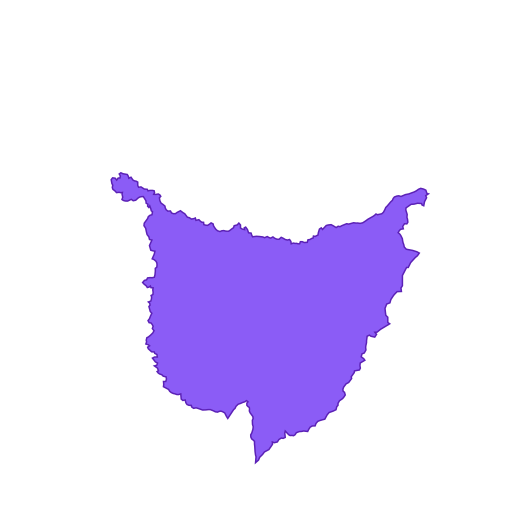 outline of Aral Moreira, Mato Grosso do Sul, Brazil, rotated 220°
{"feature_id": "56859067B29301186174835", "entity_name": "Aral Moreira", "entity_type": "district", "adm_level": 2, "iso_a3": "BRA", "parent_name": "Brazil", "parent_adm1": "Mato Grosso do Sul", "projection": "orthographic", "projection_center": [-55.401, -22.967], "detail": "fine", "context": "isolated", "style": "filled", "palette": "violet", "viewbox_px": 512, "rotation_deg": 220, "n_neighbors": 0, "source": "geoboundaries", "source_scale": "gbopen_adm2", "svg_char_len": 6141}
<svg xmlns="http://www.w3.org/2000/svg" viewBox="0 0 512 512"><g transform="rotate(220 256 256)"><path d="M411.7,227.1L411.5,224.6L413.9,225.1L416.1,223.7L416.0,221.4L413.0,218.9L411.3,218.2L410.1,216.1L408.5,215.1L405.8,215.2L403.6,214.9L401.8,216.8L400.2,217.6L399.2,218.8L398.4,217.3L395.9,215.4L395.0,213.1L393.3,213.3L391.5,214.1L389.6,215.6L388.0,219.2L385.6,219.4L384.0,221.4L383.6,224.6L383.1,226.2L382.1,227.6L380.5,229.1L375.9,227.6L374.0,225.8L372.1,226.2L371.1,224.5L369.3,224.3L369.6,226.1L367.0,224.6L365.3,223.3L363.8,223.4L362.2,220.8L363.4,219.0L363.8,217.0L363.1,215.0L362.7,209.3L361.3,207.2L358.3,206.3L355.8,204.3L353.2,202.4L350.4,201.8L348.2,200.2L346.0,201.3L344.3,195.5L340.3,192.8L338.3,193.7L336.5,194.7L335.1,191.9L333.7,187.1L331.8,187.7L329.5,187.7L327.7,187.1L326.1,185.6L324.8,183.7L325.2,181.8L323.4,179.7L321.4,176.8L320.2,174.4L321.6,172.6L323.3,171.3L325.0,169.5L324.5,167.4L325.8,165.6L325.8,162.8L323.5,162.5L321.0,162.6L319.0,162.0L317.9,163.5L317.6,165.1L316.1,164.2L314.3,165.5L313.3,163.7L311.5,162.1L310.2,160.2L311.0,158.3L309.6,157.5L308.5,155.9L307.6,153.9L308.9,151.6L307.1,151.5L305.6,150.3L305.6,148.5L301.3,145.5L299.0,145.2L298.2,142.1L297.3,139.5L297.2,137.1L295.0,136.2L293.4,137.2L291.4,136.8L289.6,136.0L288.8,133.8L286.1,133.2L285.6,130.8L285.9,127.5L286.4,124.8L287.1,123.3L286.0,121.0L284.6,119.9L283.8,117.8L281.3,118.8L279.8,118.8L280.4,116.5L278.9,115.7L274.4,115.5L272.3,117.1L270.9,116.3L268.6,116.9L266.7,115.2L268.8,113.4L269.7,111.2L265.0,110.2L262.6,110.7L261.8,108.6L263.2,106.5L259.4,106.8L257.0,105.4L257.5,103.9L255.6,103.5L253.9,103.7L251.9,104.5L249.8,104.3L247.2,105.6L245.5,104.2L244.5,101.9L246.2,100.4L244.2,98.4L242.9,96.4L237.2,97.6L235.2,96.9L233.2,96.9L231.0,97.5L229.3,98.4L227.8,98.9L226.4,99.9L225.0,102.0L221.3,98.3L219.2,98.3L217.7,100.2L215.4,98.5L213.4,97.9L211.4,98.5L209.5,100.0L208.3,99.0L205.9,99.2L204.3,101.2L202.2,102.1L197.9,103.7L195.5,105.9L193.8,107.7L192.2,109.0L189.2,110.0L187.0,110.5L185.1,111.7L184.3,113.3L183.2,114.6L181.7,115.2L179.1,115.7L175.4,114.1L173.2,113.4L174.4,124.0L174.1,125.7L174.7,128.0L174.4,131.0L173.1,133.1L172.0,135.4L170.9,137.0L170.3,139.1L168.4,139.1L168.4,137.4L167.1,135.8L165.5,135.5L163.8,135.7L162.6,134.6L161.5,133.0L159.7,132.1L155.2,131.0L153.7,129.6L153.2,127.8L150.5,124.8L148.4,123.4L147.0,121.3L145.5,117.8L145.1,115.6L143.6,114.0L141.7,113.1L139.5,113.2L138.0,113.0L136.3,111.0L134.3,109.1L131.1,105.7L128.5,103.3L126.9,102.2L123.5,97.4L122.9,101.3L123.8,104.1L123.4,108.2L123.6,111.3L121.7,116.0L122.3,122.3L123.9,124.0L122.0,124.7L120.1,127.3L120.5,130.1L119.6,132.8L118.0,133.7L117.0,135.8L118.6,137.4L120.1,138.8L121.1,140.7L116.1,140.1L114.5,140.4L113.1,141.7L111.7,142.5L111.2,144.2L111.5,146.6L110.0,149.3L108.3,150.9L107.0,152.6L103.6,154.8L104.1,156.7L104.5,159.6L103.7,161.9L101.5,163.9L102.4,166.2L102.4,169.0L101.4,170.9L99.8,173.3L98.4,175.2L99.4,180.1L99.4,183.1L97.3,186.6L95.9,189.7L97.3,192.5L97.2,194.3L98.5,195.9L99.0,198.8L98.0,202.4L98.0,204.5L98.3,206.9L100.6,208.5L102.3,208.4L103.8,209.8L104.6,212.0L104.8,216.0L103.7,218.7L104.0,223.6L105.4,224.7L105.8,229.8L106.7,231.3L103.5,235.2L104.0,237.2L105.9,238.8L107.4,241.0L105.6,246.1L107.5,246.6L110.6,246.4L111.9,249.2L110.7,251.3L111.4,254.7L113.1,256.3L114.1,257.7L115.6,260.6L116.9,262.2L119.3,266.0L118.2,268.3L116.4,268.4L112.9,270.2L113.3,273.5L115.9,274.0L114.3,275.5L113.5,279.8L110.0,290.0L112.3,289.8L115.7,293.8L118.4,294.0L120.6,296.0L123.5,298.8L125.0,303.2L123.3,306.2L124.7,309.3L125.2,313.4L125.3,315.3L125.0,319.4L121.8,322.3L124.4,324.7L124.7,327.3L131.3,335.2L133.3,344.0L132.0,345.1L133.3,350.4L133.0,357.3L132.5,359.9L132.8,363.2L135.4,362.7L139.5,361.0L145.2,357.8L148.2,358.2L150.1,359.7L151.9,360.7L153.3,361.8L155.1,363.4L158.1,364.7L159.8,365.2L162.1,365.2L162.5,367.4L162.4,369.4L160.6,371.5L162.6,372.9L163.0,376.1L161.1,377.6L161.4,379.5L163.6,381.6L165.2,382.6L166.9,385.0L170.9,387.6L172.0,389.3L170.4,395.3L168.3,397.3L166.1,400.3L162.9,402.6L161.6,401.8L159.8,402.3L161.8,405.9L162.8,410.3L164.8,411.3L163.9,414.4L165.3,413.8L168.2,415.6L170.6,415.0L173.3,413.7L174.4,411.6L175.0,409.2L175.9,406.9L177.7,403.8L178.8,401.8L181.0,399.1L183.2,394.8L185.3,393.9L186.6,392.5L187.9,390.2L187.9,388.3L187.3,386.3L187.6,384.1L187.6,378.6L187.8,376.6L187.1,374.3L186.5,371.4L186.8,369.2L189.5,365.7L191.1,365.3L191.3,363.6L191.7,361.9L193.9,356.1L194.6,353.2L195.6,350.0L197.2,347.9L199.3,346.6L200.7,345.4L202.6,344.2L205.5,340.0L207.3,339.0L209.7,334.5L210.5,332.5L212.2,331.6L212.9,329.3L216.2,328.8L218.6,328.3L220.7,326.1L221.8,324.5L222.1,319.1L224.1,319.5L224.7,317.4L223.2,313.9L222.0,311.9L223.3,309.0L224.8,308.2L223.8,306.4L224.7,305.1L225.3,303.2L226.6,301.9L225.5,299.4L227.8,297.3L229.8,296.7L231.2,295.5L230.4,293.4L231.6,292.4L233.0,291.8L234.2,290.7L235.6,290.0L236.9,288.0L238.7,289.6L240.9,290.2L242.2,288.4L244.3,287.4L246.4,287.1L248.7,286.5L249.1,283.6L250.8,282.3L253.1,281.6L255.3,281.5L256.3,279.1L257.8,278.5L259.9,278.1L261.2,275.5L263.0,275.0L265.8,273.2L268.3,271.4L271.0,268.5L272.8,269.3L274.5,270.4L276.6,269.0L279.6,270.8L282.5,271.5L283.1,270.0L281.7,268.9L283.8,267.8L285.9,267.5L287.8,269.8L290.3,270.2L290.4,267.7L292.2,265.2L291.4,263.2L292.0,261.1L292.4,259.0L293.0,257.3L295.0,255.7L297.1,254.7L298.5,253.2L299.3,251.6L301.7,250.6L303.7,250.6L306.1,251.2L307.9,251.8L309.5,253.0L311.7,252.5L312.1,250.5L312.8,248.3L314.5,247.2L316.1,246.5L317.8,248.1L319.3,247.0L321.2,246.9L323.1,247.1L324.9,244.7L326.9,246.1L327.7,244.6L329.2,242.8L331.7,242.5L333.5,241.6L337.8,242.6L339.4,242.3L343.0,242.1L344.4,238.8L344.9,236.7L346.5,235.3L348.4,234.7L350.5,235.5L352.4,233.7L354.6,233.7L356.6,234.6L357.8,235.7L360.2,235.7L362.9,235.5L365.4,236.7L367.4,238.5L367.3,240.5L369.0,241.0L370.7,240.7L372.2,238.9L374.0,237.5L374.5,239.4L376.0,240.5L377.6,239.6L379.4,238.1L380.6,236.5L382.2,237.2L384.6,235.5L388.5,235.0L390.1,233.2L391.9,234.0L394.1,236.6L395.8,236.3L397.5,235.4L399.1,235.1L402.4,236.0L403.4,233.8L405.0,235.0L407.0,235.7L410.8,233.5L413.0,232.9L413.5,230.9L411.4,230.2L410.4,228.3L411.7,227.1Z" fill="#8b5cf6" stroke="#5b21b6" stroke-width="1.5"/></g></svg>